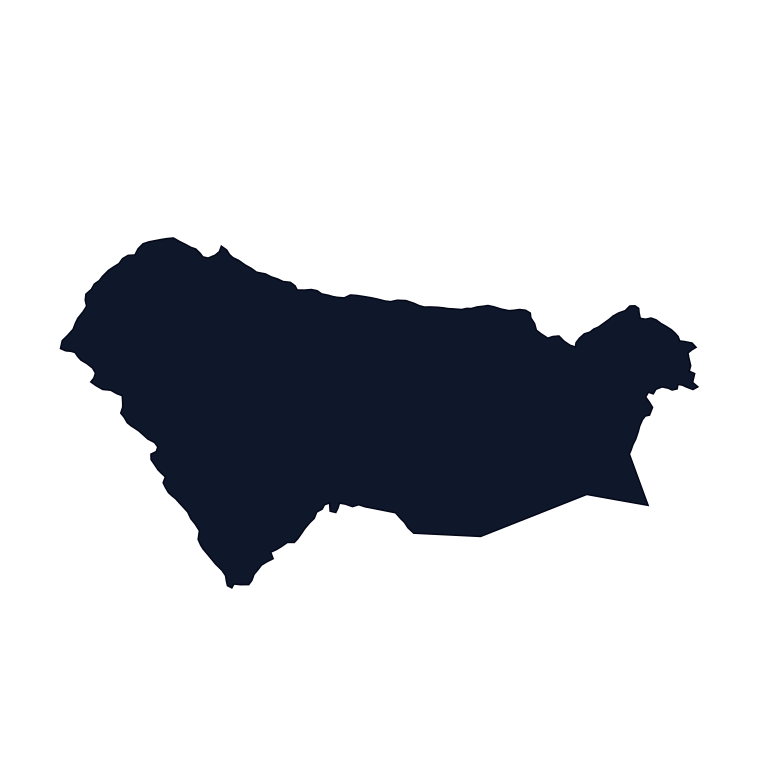 outline of Wenceslau Guimarães, Bahia, Brazil, rotated 351°
{"feature_id": "56859067B63316826546046", "entity_name": "Wenceslau Guimarães", "entity_type": "district", "adm_level": 2, "iso_a3": "BRA", "parent_name": "Brazil", "parent_adm1": "Bahia", "projection": "mercator", "projection_center": [-39.62, -13.619], "detail": "fine", "context": "isolated", "style": "filled", "palette": "ink", "viewbox_px": 768, "rotation_deg": 351, "n_neighbors": 0, "source": "geoboundaries", "source_scale": "gbopen_adm2", "svg_char_len": 3250}
<svg xmlns="http://www.w3.org/2000/svg" viewBox="0 0 768 768"><g transform="rotate(351 384 384)"><path d="M129.7,228.6L122.7,233.7L119.0,237.3L113.6,239.9L109.8,244.7L103.6,248.6L102.0,254.5L102.4,260.6L98.0,265.6L91.9,271.1L88.9,275.4L85.4,281.4L78.8,286.7L73.0,290.8L70.0,298.4L74.9,301.5L79.8,302.7L83.7,304.5L85.8,309.0L88.5,313.1L93.4,317.1L98.6,322.6L100.7,328.1L98.3,332.8L94.7,336.1L99.1,340.4L105.3,345.4L113.1,347.4L118.5,351.7L123.6,354.6L123.0,361.1L122.3,365.9L119.4,371.6L122.2,376.4L124.3,382.0L127.6,385.7L130.8,388.6L134.3,391.8L137.6,395.8L142.3,401.6L148.2,405.9L150.7,410.8L148.5,415.1L142.8,416.8L142.1,422.2L145.1,428.5L147.4,433.5L150.2,437.4L153.5,441.5L150.4,447.0L151.9,452.0L154.1,457.5L157.0,461.2L160.2,464.7L163.1,469.2L166.5,474.3L170.1,479.8L172.1,486.8L175.4,492.5L178.7,500.0L176.1,508.4L177.7,514.4L179.4,518.5L182.6,523.8L185.2,528.2L189.4,535.4L194.8,542.7L197.5,548.5L197.5,554.0L197.8,558.7L201.8,561.6L204.5,558.1L210.9,559.8L219.0,561.0L222.8,557.3L225.8,551.8L230.7,547.5L234.7,543.7L240.5,541.3L247.2,539.2L245.8,532.4L251.8,530.8L258.0,528.2L263.7,525.4L270.6,526.5L274.5,523.5L278.9,519.0L282.9,514.7L288.7,509.6L294.1,505.8L297.5,500.0L303.4,497.9L306.3,494.0L311.6,493.0L310.9,501.2L316.3,503.4L319.1,499.4L321.4,494.7L327.0,496.6L333.7,500.2L340.2,499.3L346.2,502.4L350.2,503.8L375.2,513.0L379.4,519.6L382.5,523.8L385.2,529.8L390.0,536.0L433.6,545.1L455.6,549.7L567.0,524.8L596.6,535.1L625.9,545.2L624.1,536.3L615.4,491.6L617.8,487.8L620.3,483.0L624.1,477.7L627.6,471.0L629.9,465.7L633.7,459.7L637.1,456.5L641.4,456.3L645.6,449.1L643.2,443.3L640.4,437.8L643.9,433.5L648.4,435.9L651.7,431.8L658.2,430.4L664.0,432.6L667.6,435.0L672.8,434.7L674.3,430.4L678.5,431.8L682.2,434.3L688.3,437.8L693.6,435.9L689.1,430.7L692.5,422.3L687.5,419.1L689.8,413.9L689.2,405.9L689.1,400.9L693.5,398.4L698.0,396.6L694.7,391.7L687.0,388.9L682.8,387.7L681.9,383.1L679.5,379.3L676.4,375.4L671.4,371.0L667.0,367.5L662.8,363.2L658.1,360.6L652.5,360.9L647.4,359.2L647.1,353.6L647.4,349.1L644.1,346.0L639.0,345.4L633.7,349.3L626.9,350.5L620.8,352.7L616.6,355.3L610.8,358.2L604.7,361.3L599.8,362.5L595.6,364.9L589.6,365.8L584.2,369.3L580.2,373.1L578.8,377.4L573.7,374.7L568.6,369.9L564.3,363.9L557.9,363.5L553.0,364.4L546.9,358.9L542.9,354.6L542.2,347.9L539.4,341.6L539.6,336.8L535.4,333.3L529.6,331.6L524.0,331.5L518.9,331.1L511.7,328.4L504.4,324.8L498.9,322.7L494.4,322.7L488.1,322.4L482.1,323.1L477.2,322.2L472.5,322.6L463.6,320.5L459.0,319.5L454.7,318.1L449.5,316.7L441.7,315.1L435.9,314.3L431.0,312.1L426.0,308.8L418.6,305.0L410.2,303.3L403.5,303.7L398.1,302.2L391.6,299.4L385.5,297.0L377.4,294.3L370.8,292.2L364.8,290.8L358.2,292.7L351.1,291.0L347.1,289.6L343.1,287.7L336.5,285.2L332.6,281.4L327.0,279.3L320.3,278.8L313.0,277.6L311.5,273.1L307.4,268.9L300.4,267.0L295.4,263.6L289.5,260.6L284.1,256.7L275.6,253.6L271.0,249.0L265.5,244.7L259.6,239.0L254.6,235.6L251.7,232.0L249.6,227.0L244.9,222.4L242.1,227.5L237.4,230.3L230.0,232.1L225.0,230.1L222.8,226.0L219.2,221.2L214.6,218.8L209.4,214.8L204.6,211.4L198.8,206.8L192.2,206.4L187.0,206.4L180.3,206.6L174.0,206.8L167.9,207.8L162.3,211.9L158.1,217.6L151.4,216.9L145.3,219.3L141.1,223.6L135.3,226.0L129.7,228.6Z" fill="#0f172a" stroke="#020617" stroke-width="1.5"/></g></svg>